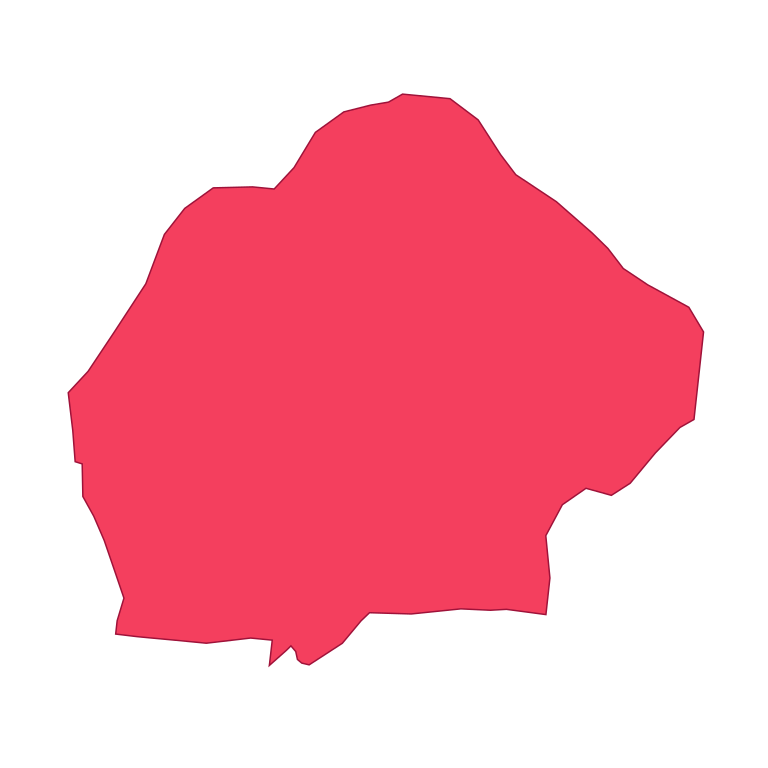 outline of Hongwon, Hamgyŏng-namdo, North Korea, rotated 5°
{"feature_id": "82179303B34267251323335", "entity_name": "Hongwon", "entity_type": "district", "adm_level": 2, "iso_a3": "PRK", "parent_name": "North Korea", "parent_adm1": "Hamgyŏng-namdo", "projection": "natural_earth1", "projection_center": [127.938, 40.143], "detail": "fine", "context": "isolated", "style": "filled", "palette": "rose", "viewbox_px": 768, "rotation_deg": 5, "n_neighbors": 0, "source": "geoboundaries", "source_scale": "gbopen_adm2", "svg_char_len": 1013}
<svg xmlns="http://www.w3.org/2000/svg" viewBox="0 0 768 768"><g transform="rotate(5 384 384)"><path d="M138.5,656.5L160.1,657.2L173.2,657.3L194.9,657.4L229.6,657.7L273.3,648.7L295.0,648.9L294.4,672.0L294.3,674.4L310.0,657.8L314.1,653.0L319.4,658.2L321.8,666.0L326.4,669.2L333.9,670.3L365.1,645.9L381.8,621.9L389.5,613.1L431.2,610.7L480.2,601.3L509.7,600.1L525.6,597.8L565.4,599.6L566.2,562.8L558.4,521.0L572.2,488.7L594.3,470.3L620.2,475.1L637.9,461.4L660.3,429.1L682.6,401.5L695.9,392.3L696.8,350.6L697.8,304.3L681.0,281.0L638.0,262.2L612.3,248.1L595.3,229.5L578.3,215.5L552.7,196.8L539.9,187.4L522.7,178.0L497.0,164.0L480.1,145.3L454.8,112.7L424.9,94.0L377.2,93.6L363.9,102.8L346.5,107.3L320.3,116.4L293.7,139.3L275.5,176.3L257.6,199.3L235.9,199.1L196.8,203.5L170.2,226.4L152.2,254.1L138.0,304.9L110.8,355.7L88.1,397.2L70.2,420.2L78.0,457.4L83.1,488.3L90.3,489.9L93.8,522.3L106.4,541.0L118.9,564.2L131.3,592.1L143.6,620.0L138.8,643.1L138.5,656.5Z" fill="#f43f5e" stroke="#9f1239" stroke-width="1.5"/></g></svg>